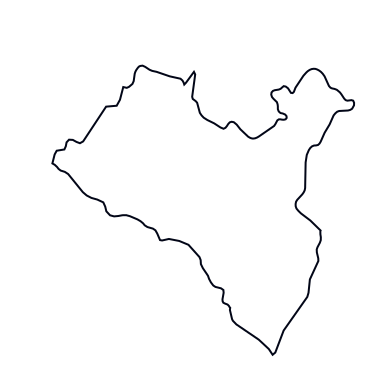 the border of Bas-Rhin, rotated 101°
{"feature_id": "FRA-5273", "entity_name": "Bas-Rhin", "entity_type": "Metropolitan department", "adm_level": 1, "iso_a3": "FRA", "parent_name": "France", "parent_adm1": "", "projection": "natural_earth1", "projection_center": [7.42, 48.594], "detail": "fine", "context": "isolated", "style": "outline", "palette": "ink", "viewbox_px": 384, "rotation_deg": 101, "n_neighbors": 0, "source": "natural_earth", "source_scale": "10m", "svg_char_len": 2825}
<svg xmlns="http://www.w3.org/2000/svg" viewBox="0 0 384 384"><g transform="rotate(101 192 192)"><path d="M205.3,58.4L206.2,58.5L209.0,57.9L211.8,56.9L214.7,56.4L217.4,56.8L222.4,58.3L224.6,58.6L227.5,57.9L233.0,55.4L235.6,54.8L255.3,59.6L268.7,58.4L273.0,58.8L310.5,75.6L333.7,79.6L336.4,81.8L331.5,86.6L324.2,98.3L313.5,123.2L310.6,127.3L309.2,128.4L300.5,132.3L298.4,132.4L297.9,133.1L296.8,134.0L295.7,135.6L295.2,138.4L294.7,140.1L293.4,141.1L291.6,141.6L284.9,141.7L282.2,142.5L281.0,145.2L280.7,150.9L279.7,153.3L277.1,156.2L274.0,158.7L271.2,160.3L264.7,166.8L261.1,169.5L257.2,170.5L254.5,172.2L244.5,185.4L242.5,195.2L242.5,205.7L245.3,212.1L245.3,214.2L239.4,218.2L236.6,220.6L235.4,223.4L234.9,229.1L233.7,232.1L232.1,234.0L230.5,236.9L229.3,240.3L227.6,248.3L227.3,252.2L228.1,255.9L229.6,259.7L230.8,263.8L230.5,268.0L227.3,272.4L222.9,274.4L219.1,277.1L217.5,283.5L217.0,289.6L215.5,294.7L213.0,299.1L198.0,317.0L196.5,320.7L196.0,325.0L194.8,327.4L193.2,329.2L191.5,331.9L190.6,334.5L181.4,334.0L177.3,332.7L174.6,325.4L171.2,324.6L167.2,324.6L164.1,322.7L163.6,318.9L164.9,314.9L165.5,311.3L163.1,308.5L124.6,292.6L121.7,282.4L115.2,280.3L102.1,279.5L102.2,275.9L100.8,273.9L97.3,271.1L94.3,270.4L86.8,270.8L84.6,270.5L82.7,269.9L80.1,268.7L78.7,267.7L78.1,266.7L77.4,264.6L78.1,261.8L80.1,257.0L80.7,254.2L80.8,249.7L82.7,236.0L83.0,224.9L84.4,222.6L86.2,221.1L88.0,220.1L85.8,218.7L73.7,213.0L76.0,211.3L98.5,210.0L100.5,209.0L102.1,205.7L103.4,204.0L112.8,199.4L115.0,197.2L116.8,194.7L118.4,190.7L120.4,183.3L123.2,176.4L123.9,173.1L122.6,171.4L120.6,170.3L118.3,169.4L116.4,168.2L115.5,166.5L115.5,164.3L117.3,161.0L121.2,156.5L127.0,147.4L127.7,145.4L127.9,144.4L128.0,142.9L127.8,141.8L127.2,140.2L126.1,138.5L124.8,137.0L111.5,124.0L109.4,123.1L105.4,121.9L104.1,120.6L103.8,119.0L103.8,117.2L103.5,115.5L102.8,114.0L101.2,113.2L99.5,113.7L98.2,115.3L97.6,117.9L97.6,120.2L96.4,122.2L94.4,123.5L91.4,124.1L89.6,124.7L87.6,125.8L84.9,129.9L83.5,131.6L81.3,132.8L79.1,132.9L77.3,131.8L76.3,130.2L74.9,126.4L73.8,124.7L72.2,123.5L70.6,122.2L70.6,120.1L71.9,117.5L75.8,113.8L75.7,112.1L74.3,111.1L69.8,110.3L56.6,104.8L52.9,102.6L51.4,101.5L49.7,99.8L48.5,98.0L47.8,96.0L47.6,94.2L47.9,92.3L48.5,90.4L49.5,88.3L51.0,86.2L53.2,83.9L61.8,77.8L63.1,76.1L63.5,74.9L63.6,73.6L63.6,72.0L63.8,70.6L64.0,69.7L64.1,69.2L66.0,65.8L67.6,64.0L71.3,60.4L72.5,58.7L72.7,56.9L71.4,53.0L71.6,51.2L73.5,49.9L76.0,49.5L79.7,50.7L81.2,52.3L82.2,54.3L84.4,63.0L85.5,64.8L87.4,66.3L89.8,67.6L99.4,69.8L108.5,73.1L118.1,75.3L120.2,76.1L121.8,77.3L122.6,79.1L123.1,81.1L124.3,82.9L126.2,84.3L128.6,85.3L133.7,86.4L141.3,86.1L166.5,81.7L168.9,81.7L171.1,82.3L173.3,83.3L179.6,87.2L181.7,88.0L184.0,88.0L186.2,87.5L188.3,86.3L190.2,84.0L192.2,81.0L197.4,70.4L205.3,58.4Z" fill="none" stroke="#020617" stroke-width="2"/></g></svg>